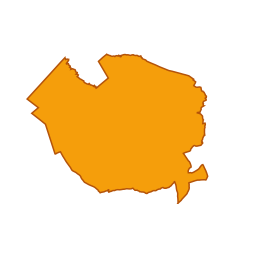 outline of Gura Vadului, Prahova, Romania, rotated 159°
{"feature_id": "2599482B35654118290873", "entity_name": "Gura Vadului", "entity_type": "district", "adm_level": 2, "iso_a3": "ROU", "parent_name": "Romania", "parent_adm1": "Prahova", "projection": "robinson", "projection_center": [26.431, 45.048], "detail": "fine", "context": "isolated", "style": "filled", "palette": "amber", "viewbox_px": 256, "rotation_deg": 159, "n_neighbors": 0, "source": "geoboundaries", "source_scale": "gbopen_adm2", "svg_char_len": 5660}
<svg xmlns="http://www.w3.org/2000/svg" viewBox="0 0 256 256"><g transform="rotate(159 128 128)"><path d="M203.7,161.1L205.4,130.0L205.1,129.8L204.7,129.7L203.7,130.0L201.2,130.1L199.6,130.0L198.9,124.8L198.4,122.4L197.9,119.4L197.6,118.0L195.9,111.7L195.7,110.0L195.4,108.6L195.2,108.2L194.6,107.4L192.6,105.2L191.5,103.3L190.4,101.8L189.9,100.9L189.6,99.8L189.6,98.5L189.4,97.2L189.2,96.5L188.9,95.8L188.5,94.3L188.1,93.0L184.9,89.2L183.5,87.8L181.6,86.0L180.4,84.7L179.8,83.7L178.2,80.7L178.1,80.1L178.2,79.8L178.1,79.6L177.7,79.0L177.5,78.4L177.3,78.0L177.2,77.5L175.9,77.5L173.2,77.0L171.9,77.1L171.0,77.1L170.0,76.8L169.5,77.1L169.4,77.1L168.8,76.9L168.6,77.3L168.3,77.3L168.2,77.2L168.3,77.0L168.9,76.3L169.0,76.1L168.9,75.6L169.0,75.1L168.9,75.0L168.2,75.0L167.7,75.2L167.4,75.3L166.9,74.9L164.5,75.0L162.8,74.4L161.7,74.5L160.3,74.3L159.4,74.0L158.2,73.4L157.5,73.2L155.8,72.8L154.6,72.6L153.4,72.2L151.0,71.8L148.9,70.8L147.3,70.2L146.9,70.1L145.8,70.1L145.0,70.0L144.9,69.8L144.7,69.1L144.2,68.3L144.0,67.7L143.8,67.4L143.5,67.2L143.1,67.2L142.6,66.9L141.9,66.7L141.6,66.5L141.4,66.1L140.5,65.4L139.9,64.3L139.5,64.2L138.3,63.4L137.5,63.1L136.3,62.5L135.6,61.9L135.2,61.2L134.9,60.8L133.9,60.1L133.4,60.1L132.4,60.4L131.9,60.5L129.3,60.2L127.0,60.5L125.3,59.9L124.7,59.6L123.8,59.6L122.9,59.9L121.5,59.9L120.7,59.8L119.9,59.5L119.3,59.6L118.7,60.0L117.0,60.0L116.5,59.8L116.1,59.1L115.5,58.7L114.3,58.2L113.8,58.1L112.7,58.1L111.0,57.9L110.1,58.3L108.6,58.6L106.2,60.0L104.8,60.5L104.5,60.8L104.1,61.2L103.7,61.2L103.7,58.3L103.7,57.7L104.0,56.0L104.5,54.2L104.8,52.6L104.9,51.6L104.8,50.7L105.0,49.2L105.8,47.2L106.1,46.7L106.5,44.9L107.1,43.0L108.0,40.4L108.5,39.9L108.3,39.8L107.0,40.4L105.6,40.9L104.1,41.5L103.3,42.1L97.0,45.2L96.3,45.7L95.3,46.8L94.3,47.6L92.8,49.2L92.2,50.4L92.1,50.8L92.0,51.3L91.1,53.5L90.9,54.9L90.2,55.0L87.9,54.9L83.8,54.7L81.5,54.4L80.4,53.9L78.4,53.4L75.4,52.4L73.9,51.6L73.0,52.3L70.9,54.4L70.7,57.7L70.7,60.4L71.0,63.8L71.1,66.1L71.3,67.0L72.3,67.0L72.6,66.9L73.9,66.2L75.0,65.5L75.4,65.1L76.9,64.3L79.2,63.8L82.0,63.3L83.1,63.2L84.5,63.2L85.0,63.4L85.4,63.8L85.7,64.0L86.7,64.2L87.7,64.6L87.5,65.1L87.4,66.1L87.2,66.4L86.3,67.4L85.6,68.0L85.3,68.3L84.7,68.6L83.4,68.7L83.2,68.9L83.0,69.1L82.7,70.4L82.6,72.8L82.8,74.7L82.9,75.0L83.3,75.4L85.4,84.5L83.2,84.6L78.9,84.3L78.2,84.4L77.6,84.8L76.9,85.9L76.0,86.3L75.4,86.8L74.5,87.3L73.0,87.9L72.5,87.9L72.1,87.7L71.2,86.8L70.5,86.5L69.7,86.3L67.5,86.0L67.3,85.9L66.4,85.8L65.7,85.9L65.3,86.3L63.8,87.0L63.6,87.5L63.6,88.1L64.1,88.2L63.8,88.6L63.7,89.0L63.9,89.5L63.4,89.9L62.6,90.5L62.2,91.1L61.7,91.9L59.8,93.6L59.6,93.6L59.3,94.1L58.9,93.9L58.3,96.2L57.3,98.7L56.9,99.7L55.8,101.2L55.7,102.2L54.7,103.3L54.4,104.1L54.4,105.0L55.3,105.0L56.6,105.3L56.1,106.1L55.2,108.2L54.7,108.5L54.9,109.1L54.8,110.5L54.2,112.3L54.2,112.5L55.2,115.1L56.3,116.1L57.9,117.3L57.7,117.6L55.0,117.0L54.5,117.6L54.2,118.1L53.3,118.8L53.1,119.0L53.0,119.3L52.8,120.1L52.3,120.8L51.4,121.1L49.2,121.5L49.7,121.8L49.5,122.3L49.5,122.9L48.9,123.6L49.2,124.3L49.0,124.7L48.3,125.4L47.6,125.8L46.9,125.9L45.5,125.9L45.1,126.0L44.9,126.3L44.9,126.7L45.0,127.2L45.3,127.8L45.2,128.2L45.0,128.4L44.2,128.5L44.0,128.4L43.4,129.6L43.5,129.9L44.1,130.5L44.0,130.8L43.9,131.1L43.9,131.4L44.1,132.9L44.2,133.8L44.2,134.1L44.4,134.3L44.9,134.9L44.9,135.5L45.4,135.7L45.8,136.2L46.0,136.3L45.4,139.8L46.4,140.6L47.4,140.9L49.5,141.4L49.4,141.4L50.2,142.2L51.4,143.9L51.3,144.0L51.2,144.2L49.2,145.8L48.3,146.8L50.0,149.6L49.2,150.0L52.5,154.9L55.4,157.1L57.4,158.5L59.1,159.8L66.4,165.1L69.3,167.0L76.7,173.9L79.7,177.0L83.5,180.6L86.0,183.1L86.5,183.6L87.1,185.1L87.4,185.4L89.4,187.2L89.9,187.9L89.9,188.0L89.7,188.4L89.7,188.6L90.1,189.0L90.4,189.6L90.4,189.8L90.1,190.2L90.2,190.7L90.5,190.8L91.4,190.7L92.3,191.1L92.6,191.3L92.9,192.0L93.6,192.6L94.0,192.7L94.5,192.8L94.9,192.9L96.0,193.6L96.3,193.7L96.5,193.9L96.6,194.3L96.8,194.4L97.2,194.6L98.0,194.8L99.8,194.9L101.4,196.1L102.1,196.5L102.8,196.6L104.5,197.7L105.8,198.0L108.9,198.2L109.0,198.2L108.6,197.7L108.8,197.2L109.3,197.2L109.6,197.3L109.9,197.6L109.9,198.5L110.7,199.3L110.8,199.3L111.0,199.2L111.3,198.7L111.7,198.9L112.7,199.6L113.2,199.8L113.6,199.7L114.4,199.4L114.7,199.4L115.2,200.2L117.1,200.6L118.0,201.2L118.7,202.0L119.3,202.3L120.4,203.4L121.1,203.8L121.4,204.5L126.3,202.9L131.7,200.8L128.5,181.7L141.4,177.3L141.5,177.1L142.9,176.7L143.5,176.6L143.5,177.2L143.1,177.7L143.1,178.1L143.2,178.4L143.4,178.5L143.8,178.2L144.1,178.2L144.1,178.7L144.2,179.2L144.1,179.6L144.2,179.9L144.4,179.8L144.9,179.3L145.2,179.2L145.4,179.8L146.9,181.3L147.7,181.7L147.9,182.0L148.0,182.7L148.3,183.5L148.6,183.4L149.1,182.9L149.3,182.9L149.6,183.2L150.5,183.9L151.5,185.0L152.3,186.0L152.5,186.4L152.6,186.9L152.4,187.8L152.5,188.0L153.3,188.6L153.9,189.7L155.1,190.9L155.8,192.0L156.0,192.7L156.5,193.3L156.7,193.6L157.1,194.1L156.6,194.3L156.0,194.7L155.4,195.3L155.7,195.6L155.7,196.0L155.8,196.2L156.6,196.5L157.2,196.9L156.4,197.2L155.7,197.7L155.5,198.0L156.0,198.4L156.7,199.3L156.4,200.8L156.6,201.5L157.8,202.4L158.1,202.8L158.4,203.1L159.2,203.3L160.0,203.2L160.2,203.3L160.3,203.3L159.7,204.0L159.7,204.3L159.8,204.5L160.2,204.9L160.8,205.6L160.7,205.7L160.1,205.6L159.9,206.0L159.8,206.6L159.9,206.8L160.7,207.9L160.8,208.1L160.6,208.6L160.6,209.4L160.9,209.7L161.2,209.8L162.2,209.6L162.5,210.1L162.0,210.7L161.0,211.2L160.4,211.8L159.8,212.0L159.2,212.5L159.0,212.8L158.8,213.4L159.5,213.6L159.8,214.0L160.0,214.1L161.0,214.3L161.7,214.3L161.6,215.2L161.8,215.8L161.7,216.2L167.0,213.7L182.6,205.8L211.8,191.2L204.4,179.1L212.6,176.2L207.4,167.5L203.7,161.1Z" fill="#f59e0b" stroke="#b45309" stroke-width="1.5"/></g></svg>